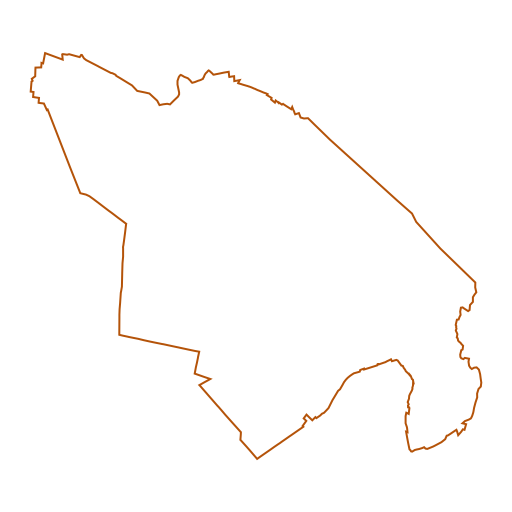 Villa Aldama, Veracruz, Mexico
{"feature_id": "50627088B40977064130086", "entity_name": "Villa Aldama", "entity_type": "district", "adm_level": 2, "iso_a3": "MEX", "parent_name": "Mexico", "parent_adm1": "Veracruz", "projection": "equal_earth", "projection_center": [-97.198, 19.651], "detail": "fine", "context": "isolated", "style": "outline", "palette": "amber", "viewbox_px": 512, "rotation_deg": 0, "n_neighbors": 0, "source": "geoboundaries", "source_scale": "gbopen_adm2", "svg_char_len": 5409}
<svg xmlns="http://www.w3.org/2000/svg" viewBox="0 0 512 512"><path d="M119.3,334.8L122.6,335.6L128.2,336.8L128.5,336.9L134.0,338.0L138.1,338.8L143.8,340.2L149.7,341.5L155.5,342.7L162.5,344.1L162.8,344.1L170.7,345.8L176.8,347.1L178.8,347.5L179.2,347.6L182.4,348.3L188.5,349.6L194.7,350.9L199.2,351.7L199.1,352.2L198.0,357.2L197.9,358.0L196.9,362.9L195.9,367.2L195.2,371.0L194.7,373.6L204.1,376.9L210.3,379.0L208.2,380.2L204.7,382.1L199.4,385.1L199.7,385.4L217.9,406.3L218.1,406.4L223.1,412.2L225.3,414.8L233.8,424.3L240.9,432.2L240.8,434.6L240.4,439.9L240.9,440.4L246.5,446.6L249.4,449.9L252.5,453.5L256.3,457.9L257.1,458.9L260.5,456.5L270.6,449.5L274.4,446.8L277.9,444.4L279.9,443.1L281.8,441.7L285.7,439.0L289.7,436.2L291.2,435.2L303.3,426.8L302.9,426.4L302.6,426.0L306.3,420.9L303.7,418.4L306.5,414.6L309.2,417.3L312.3,420.3L315.4,417.1L316.4,418.1L320.2,415.5L322.0,413.7L323.9,412.9L324.9,411.9L328.5,408.1L332.6,399.9L333.6,398.3L338.1,390.8L340.0,389.3L342.6,384.8L344.0,382.2L345.8,379.8L347.7,377.8L350.0,375.9L352.3,374.3L353.9,373.3L358.6,372.0L359.8,371.6L359.9,371.2L360.0,370.9L360.2,370.0L364.0,368.6L364.1,369.5L377.1,365.4L377.6,364.1L377.9,364.0L378.0,364.0L377.9,364.7L384.0,362.6L385.3,362.2L387.1,361.2L389.9,359.9L391.0,359.3L391.9,361.2L393.7,360.7L394.2,360.5L396.4,359.9L396.6,360.0L397.2,360.3L397.7,360.5L401.4,365.6L402.8,365.9L403.6,367.7L404.1,368.4L405.1,369.7L405.8,371.2L408.5,373.7L409.4,374.8L409.5,374.4L410.1,375.1L410.7,375.8L412.0,379.1L412.9,379.7L413.5,382.8L413.1,382.6L413.0,385.5L412.3,388.0L412.5,388.8L411.8,390.7L409.9,394.2L409.2,395.9L409.0,398.7L407.7,402.1L408.7,404.3L408.0,405.5L408.1,407.3L409.2,407.4L409.4,408.2L408.7,413.9L406.8,412.9L406.3,412.7L405.6,416.1L405.6,420.7L405.6,423.3L406.9,427.1L407.1,428.3L407.5,432.2L406.1,431.7L407.2,437.9L408.2,443.2L409.5,449.4L410.4,450.2L411.1,451.4L412.2,451.6L414.8,450.0L416.7,449.5L419.2,449.0L422.4,448.0L424.1,447.2L425.5,448.6L427.3,448.9L433.0,446.6L435.2,445.5L441.4,442.2L445.2,439.2L446.5,436.1L446.7,435.7L447.8,435.5L450.0,434.1L453.1,432.0L456.4,429.8L457.0,431.2L458.2,435.2L461.1,431.9L462.9,429.3L464.5,429.8L466.1,424.2L462.5,423.3L464.9,421.1L468.8,419.6L470.2,418.8L470.8,418.5L471.3,417.7L472.2,415.8L473.2,412.7L473.5,411.3L474.1,407.8L474.5,406.3L475.5,402.5L477.2,397.4L477.1,393.6L478.5,389.0L479.8,387.6L480.8,386.6L481.3,382.6L480.7,378.7L480.1,374.1L478.9,369.6L476.6,367.4L474.1,367.7L471.8,369.0L470.3,367.7L469.1,365.7L468.5,361.8L469.0,358.7L464.8,357.9L463.4,359.1L461.3,358.3L460.4,357.0L460.2,354.6L461.2,350.7L461.2,350.3L461.4,350.2L462.6,349.5L463.1,345.8L461.3,343.9L460.7,343.1L460.5,342.7L460.2,342.5L459.6,342.2L458.1,340.6L457.7,338.3L456.8,337.5L457.4,334.1L456.5,332.0L456.2,331.5L455.8,330.3L456.5,328.8L456.1,327.1L456.3,326.1L455.7,325.0L456.9,319.7L458.6,319.5L459.5,317.0L460.6,314.9L460.2,311.6L460.9,307.7L462.6,307.4L464.4,308.7L464.9,309.0L468.1,311.1L469.6,310.0L469.6,309.6L470.0,305.0L472.9,301.9L472.9,297.2L474.5,294.6L476.3,292.3L475.2,287.4L475.3,283.6L475.3,282.5L440.3,248.5L416.2,221.9L412.0,213.5L410.6,212.3L397.3,200.6L329.8,139.5L314.4,124.5L308.0,118.2L304.0,118.5L300.6,117.5L298.9,113.1L297.1,113.7L295.2,114.3L294.5,112.8L294.1,111.4L293.2,109.7L292.2,107.0L291.2,109.2L286.3,106.1L283.9,104.5L283.2,104.1L283.0,103.9L281.9,104.6L278.8,102.4L278.6,102.9L278.1,102.4L277.7,102.1L275.7,100.5L274.9,102.6L271.1,99.5L271.6,97.9L266.9,95.1L267.6,94.1L266.1,93.4L263.8,92.6L263.7,92.6L261.4,91.6L260.4,91.2L260.2,91.1L258.7,90.5L257.6,90.1L256.3,89.5L254.9,88.8L254.2,88.6L251.5,87.4L249.1,86.5L248.9,86.5L247.2,85.9L246.7,85.8L244.7,85.2L244.3,85.1L242.3,84.5L241.5,84.2L238.3,83.3L238.1,83.2L239.0,81.4L239.7,80.1L236.1,80.8L235.9,80.8L234.3,81.1L234.1,76.2L231.3,76.6L229.3,77.0L229.2,76.7L228.7,71.8L226.3,72.2L223.9,72.6L221.5,73.1L219.2,73.6L217.1,74.0L216.5,74.1L214.2,74.6L213.7,74.7L213.4,74.7L212.6,73.8L211.1,72.4L209.7,71.1L208.7,70.4L208.0,70.9L207.2,71.9L206.4,72.7L206.2,72.9L205.8,73.2L205.3,73.9L204.6,75.1L204.1,76.3L203.8,77.2L203.4,77.6L203.0,78.8L201.8,79.4L200.8,79.9L199.7,80.3L198.3,80.7L196.3,81.5L194.8,82.1L192.9,82.6L192.2,82.8L191.7,82.4L191.0,81.5L190.4,80.7L189.5,79.8L187.8,78.2L184.4,76.9L182.2,75.6L180.8,74.9L179.9,75.5L178.8,77.1L177.5,80.9L177.5,84.6L178.3,88.5L179.1,92.4L179.1,94.4L178.4,95.8L178.0,96.6L173.9,100.5L170.0,104.4L167.2,103.8L163.2,104.3L159.5,105.1L157.2,100.7L149.4,93.5L145.1,92.5L137.2,90.9L132.0,85.4L126.9,82.3L120.7,78.5L116.3,75.9L115.8,75.2L115.6,74.8L112.4,73.2L110.8,72.9L98.5,66.5L98.4,66.4L86.2,60.1L84.0,58.4L81.9,55.0L81.2,54.9L79.7,57.1L77.4,56.5L69.1,54.2L67.1,54.7L62.8,54.1L62.2,54.4L62.7,59.6L45.1,53.1L43.1,63.4L41.8,63.0L41.5,62.9L41.5,63.6L41.2,67.4L35.5,67.6L35.4,69.2L35.2,76.3L31.8,78.8L32.6,80.8L31.5,81.6L31.5,82.4L31.4,83.0L30.7,91.6L33.5,92.0L33.1,97.0L34.3,97.2L36.9,97.6L39.0,97.9L38.9,99.2L38.8,100.3L38.6,102.8L39.6,103.0L43.1,103.4L43.3,103.5L43.9,103.5L46.8,109.9L47.1,109.6L47.6,109.4L69.9,166.9L80.3,193.2L86.0,194.6L89.4,196.2L93.7,199.3L101.6,205.3L105.4,208.2L108.7,210.7L111.6,212.8L114.5,215.0L118.0,217.7L120.2,219.3L126.2,223.8L126.1,224.1L125.1,232.4L124.0,240.8L123.4,245.1L123.0,247.2L123.1,247.8L123.1,256.3L123.1,256.7L122.5,263.3L122.3,269.9L122.2,273.3L122.2,274.0L121.9,286.7L121.2,290.8L120.8,292.8L120.1,303.2L119.6,309.1L119.4,314.7L119.4,315.4L119.4,318.1L119.3,332.9L119.3,334.8Z" fill="none" stroke="#b45309" stroke-width="2"/></svg>